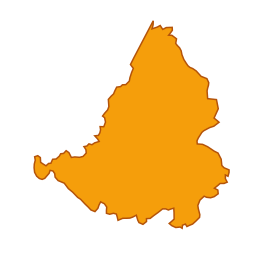 the district of Cruzmaltina, Paraná, Brazil, rotated 355°
{"feature_id": "56859067B80032191176175", "entity_name": "Cruzmaltina", "entity_type": "district", "adm_level": 2, "iso_a3": "BRA", "parent_name": "Brazil", "parent_adm1": "Paraná", "projection": "orthographic", "projection_center": [-51.488, -24.002], "detail": "fine", "context": "isolated", "style": "filled", "palette": "amber", "viewbox_px": 256, "rotation_deg": 355, "n_neighbors": 0, "source": "geoboundaries", "source_scale": "gbopen_adm2", "svg_char_len": 2404}
<svg xmlns="http://www.w3.org/2000/svg" viewBox="0 0 256 256"><g transform="rotate(355 128 128)"><path d="M32.5,148.5L32.8,152.0L31.5,155.8L31.0,159.4L31.1,164.0L32.8,168.0L35.3,170.6L38.0,171.7L40.7,170.9L45.5,166.2L46.7,163.4L49.5,164.3L51.0,167.0L51.1,170.6L53.8,174.3L59.7,177.4L63.3,183.2L67.3,187.1L71.8,192.7L74.6,194.9L78.6,200.0L81.4,203.2L83.9,206.4L87.8,208.4L91.0,205.4L92.4,202.2L94.3,199.2L97.9,201.4L99.9,204.9L99.3,208.5L99.1,211.1L102.2,212.3L106.1,211.7L108.9,212.7L109.5,215.5L110.0,219.1L114.9,217.5L118.9,217.8L122.1,217.9L124.8,217.2L128.7,215.6L129.7,220.7L130.7,223.2L134.5,225.3L138.3,222.8L138.5,219.9L142.2,220.0L146.0,217.5L150.4,214.9L155.4,211.6L158.6,211.9L161.1,213.2L163.4,212.5L166.6,211.9L166.5,216.2L166.0,222.8L163.1,225.0L160.7,226.7L163.1,229.1L166.9,231.3L171.3,231.2L173.2,232.6L173.8,229.6L176.8,228.7L178.1,231.3L180.5,230.4L184.0,229.3L187.7,226.5L191.5,223.3L192.0,220.6L191.0,214.5L190.8,211.3L193.4,206.1L197.9,202.6L200.3,203.9L204.2,204.7L207.9,203.9L212.1,201.4L212.1,197.7L208.8,195.5L212.9,192.8L214.8,191.3L218.9,191.6L222.1,190.6L220.6,187.0L220.9,183.3L223.4,184.8L224.8,181.0L225.0,178.5L220.2,176.0L218.2,173.5L218.1,167.2L215.5,160.8L211.9,158.6L205.7,153.6L200.9,150.8L195.6,149.9L195.6,146.8L197.2,144.0L201.2,138.8L203.1,137.4L207.0,135.7L209.4,134.7L213.7,133.7L219.2,130.2L214.6,125.6L216.4,122.4L219.6,116.7L218.6,107.4L209.9,105.7L210.0,97.9L210.8,95.2L211.9,92.4L212.4,89.9L210.9,85.7L205.3,82.9L200.9,77.1L197.6,74.4L194.9,73.0L193.1,71.2L191.7,68.7L189.6,64.7L188.1,59.6L187.7,55.8L186.4,52.7L184.3,50.1L182.9,47.9L184.1,43.4L179.8,39.5L176.6,39.1L179.1,36.4L180.7,34.5L180.8,31.6L177.4,31.4L174.8,31.3L171.2,32.8L169.0,28.7L166.0,30.0L160.6,31.3L162.0,27.4L162.5,23.4L139.8,58.8L136.0,65.0L138.5,69.1L136.4,73.1L134.3,78.1L133.4,81.4L129.6,84.6L126.2,84.5L124.2,86.1L120.3,86.3L118.1,89.9L116.6,92.8L114.0,94.8L110.9,97.8L110.8,105.0L109.3,108.2L106.1,111.2L103.7,113.9L105.6,115.7L106.1,120.2L104.0,124.6L100.3,124.2L100.5,127.4L99.6,130.3L97.9,132.8L94.2,132.9L96.8,136.3L98.1,138.9L93.5,139.9L90.6,141.5L87.7,140.4L85.4,142.4L82.5,142.7L84.2,145.9L84.2,149.3L80.8,152.4L77.2,153.0L72.5,152.2L69.0,152.4L67.0,147.4L64.4,145.2L61.6,147.7L58.7,147.8L57.1,150.1L53.7,152.6L50.2,152.6L48.1,156.4L45.8,156.4L43.0,158.5L40.6,156.7L38.0,154.6L38.1,149.8L35.7,147.7L32.5,148.5Z" fill="#f59e0b" stroke="#b45309" stroke-width="1.5"/></g></svg>